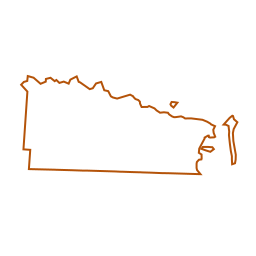 Mobile, Alabama, United States of America, rotated 274°
{"feature_id": "52423323B65626355292212", "entity_name": "Mobile", "entity_type": "district", "adm_level": 2, "iso_a3": "USA", "parent_name": "United States of America", "parent_adm1": "Alabama", "projection": "natural_earth1", "projection_center": [-88.164, 30.697], "detail": "fine", "context": "isolated", "style": "outline", "palette": "amber", "viewbox_px": 256, "rotation_deg": 274, "n_neighbors": 0, "source": "geoboundaries", "source_scale": "gbopen_adm2", "svg_char_len": 1820}
<svg xmlns="http://www.w3.org/2000/svg" viewBox="0 0 256 256"><g transform="rotate(274 128 128)"><path d="M166.7,20.9L163.7,18.4L157.3,25.1L152.0,25.1L99.4,25.2L99.4,32.0L80.1,32.0L81.3,58.1L81.3,58.3L81.3,58.7L82.0,75.6L82.4,87.1L82.6,89.1L83.8,119.2L83.8,120.1L83.8,120.4L83.9,124.4L84.0,125.9L84.3,134.6L84.6,141.9L84.7,143.1L84.7,145.2L85.0,152.8L85.2,159.6L85.3,163.1L85.3,163.4L85.4,165.8L85.7,170.9L87.0,203.5L90.9,199.8L92.9,199.2L97.2,198.9L98.9,199.1L101.3,201.0L101.8,203.4L102.8,203.6L106.7,203.2L108.2,200.4L112.4,200.5L123.0,205.2L123.8,205.1L126.0,208.4L126.0,209.1L124.5,209.4L124.2,210.5L124.7,214.6L125.4,215.6L129.1,213.8L132.2,213.2L135.9,214.7L137.4,210.6L138.1,209.9L139.8,206.5L141.4,201.7L142.0,190.2L141.5,184.3L142.6,182.4L143.3,180.1L142.2,175.0L142.0,173.2L142.6,171.2L144.5,168.0L146.0,166.8L146.2,162.8L145.5,158.9L145.8,158.4L147.5,155.3L149.4,153.1L151.4,147.5L150.4,146.0L149.9,140.1L153.2,138.3L155.1,138.0L156.6,136.3L157.4,133.4L159.3,131.3L160.0,130.9L161.4,127.8L156.6,115.1L157.4,110.8L158.4,108.7L163.4,105.7L164.0,101.7L172.1,98.1L170.2,93.0L165.2,90.1L164.1,87.1L170.2,77.0L170.6,75.6L175.9,73.2L172.2,67.1L168.1,65.7L169.8,60.7L168.2,56.4L170.9,53.2L169.6,51.6L172.7,47.2L171.2,42.7L168.5,42.7L166.0,37.7L171.6,30.3L172.8,24.4L167.9,24.2L166.7,20.9ZM99.1,234.4L100.3,237.2L103.9,237.6L108.8,237.4L122.4,234.0L130.2,233.0L134.3,233.5L141.4,236.7L144.1,233.1L146.8,232.1L147.3,231.9L147.5,231.2L145.2,228.7L138.1,223.2L138.1,225.6L137.0,228.2L134.5,228.6L131.6,229.2L128.0,229.2L119.0,230.8L112.2,232.2L107.1,233.6L104.1,233.8L99.1,234.4ZM111.1,207.1L110.0,211.8L112.9,215.1L114.7,213.5L114.7,208.7L114.3,204.0L112.3,202.8L111.1,207.1ZM153.4,169.4L151.6,172.0L156.7,175.5L157.0,172.7L157.0,169.7L154.7,168.7L153.4,169.4Z" fill="none" stroke="#b45309" stroke-width="2"/></g></svg>